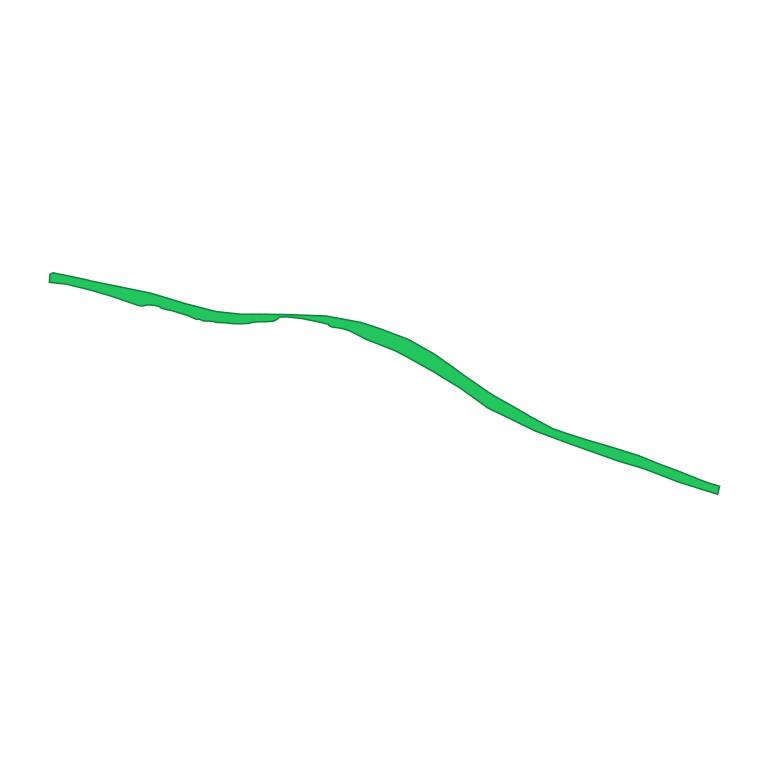 outline of Lofeagai, Tuvalu, rotated 303°
{"feature_id": "33948139B40181736549417", "entity_name": "Lofeagai", "entity_type": "district", "adm_level": 2, "iso_a3": "TUV", "parent_name": "Tuvalu", "parent_adm1": "", "projection": "orthographic", "projection_center": [179.19, -8.479], "detail": "fine", "context": "isolated", "style": "filled", "palette": "green", "viewbox_px": 768, "rotation_deg": 303, "n_neighbors": 0, "source": "geoboundaries", "source_scale": "gbopen_adm2", "svg_char_len": 1687}
<svg xmlns="http://www.w3.org/2000/svg" viewBox="0 0 768 768"><g transform="rotate(303 384 384)"><path d="M481.0,721.2L477.9,710.5L475.5,699.9L471.1,677.4L467.4,661.1L466.6,657.3L462.6,636.6L456.9,616.0L450.2,593.2L447.6,584.7L441.7,563.1L438.4,549.5L436.5,525.6L435.9,513.9L435.3,501.3L434.2,486.7L434.0,475.8L434.8,447.1L435.4,436.1L435.7,430.6L436.5,409.9L434.7,380.5L432.0,367.9L430.2,359.5L427.5,347.5L422.9,330.6L409.4,298.2L403.6,288.5L389.7,265.3L384.5,257.0L373.8,240.0L364.8,226.4L353.2,203.5L347.3,185.8L343.5,174.5L333.2,139.0L310.1,80.3L310.1,79.5L297.0,45.8L294.0,44.1L287.0,48.0L290.5,55.0L294.6,62.9L302.4,85.3L308.5,105.2L316.1,135.4L316.8,137.2L317.3,138.1L319.0,140.2L320.7,141.7L321.5,142.8L322.9,144.7L323.5,146.3L324.8,148.3L325.6,150.6L326.4,152.5L326.5,154.2L326.3,156.4L330.3,167.2L334.7,182.7L335.1,185.7L335.4,187.6L335.8,189.8L335.9,191.3L336.8,192.6L337.9,194.2L338.2,196.7L338.8,198.9L341.3,202.6L343.1,205.9L344.5,210.3L347.7,215.5L349.5,218.8L352.1,224.1L356.6,231.4L358.2,233.5L360.6,236.8L362.4,238.6L364.1,240.3L365.7,242.1L368.8,246.4L373.0,252.7L373.9,253.7L374.9,255.1L375.8,256.2L377.0,257.4L378.9,258.6L379.6,258.8L380.6,259.4L381.8,259.6L383.0,259.7L383.2,259.9L387.4,266.1L394.0,279.0L398.7,291.0L401.7,298.8L402.3,300.8L403.0,302.8L403.9,304.9L403.1,305.7L403.1,307.3L403.4,309.3L407.0,316.9L408.7,321.7L409.9,326.5L410.2,329.9L410.7,333.9L411.5,343.8L415.2,361.9L417.9,374.9L419.0,385.7L421.3,420.0L421.4,430.2L422.1,449.0L420.4,484.6L422.8,502.5L424.5,516.9L426.9,536.3L434.8,571.6L440.4,595.1L446.6,621.1L454.6,648.6L457.0,659.8L461.9,683.2L468.4,706.9L473.2,723.9L481.0,721.2Z" fill="#22c55e" stroke="#15803d" stroke-width="1.5"/></g></svg>